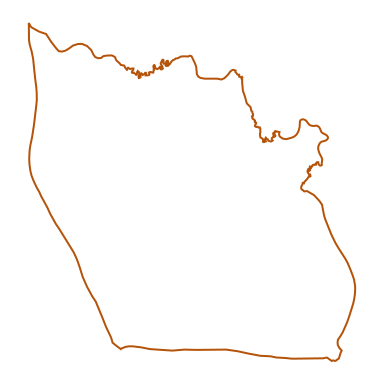 the district of Naxaithong, Vientiane [prefecture], Laos
{"feature_id": "54806243B89658590845208", "entity_name": "Naxaithong", "entity_type": "district", "adm_level": 2, "iso_a3": "LAO", "parent_name": "Laos", "parent_adm1": "Vientiane [prefecture]", "projection": "natural_earth1", "projection_center": [102.482, 18.185], "detail": "fine", "context": "isolated", "style": "outline", "palette": "amber", "viewbox_px": 384, "rotation_deg": 0, "n_neighbors": 0, "source": "geoboundaries", "source_scale": "gbopen_adm2", "svg_char_len": 5871}
<svg xmlns="http://www.w3.org/2000/svg" viewBox="0 0 384 384"><path d="M341.7,350.5L339.2,347.7L337.8,345.0L337.6,342.4L337.9,339.8L340.7,335.7L342.6,332.5L347.0,322.6L349.4,315.8L353.2,303.5L354.2,299.1L354.9,294.0L355.2,289.5L355.1,286.2L354.1,279.8L352.9,276.1L350.8,270.5L347.7,263.1L345.4,258.9L338.3,247.8L335.3,242.7L331.2,234.2L325.1,218.9L324.0,215.1L322.0,204.7L319.4,200.9L314.0,195.1L307.1,191.1L306.4,191.1L304.7,191.4L304.0,191.3L303.2,190.4L301.5,189.3L301.2,187.9L301.2,186.8L301.7,185.7L302.0,185.4L302.6,183.8L302.7,182.9L303.1,182.8L303.5,183.3L303.9,183.4L304.1,182.6L304.6,181.7L305.2,181.0L305.8,180.7L306.0,180.1L307.4,178.7L308.0,177.6L308.5,177.2L308.7,176.6L309.1,176.8L309.3,176.7L309.5,176.4L310.1,176.5L310.4,176.3L310.0,175.3L309.6,174.9L309.7,174.7L310.2,174.7L310.1,174.4L309.2,174.3L308.5,173.8L307.5,171.6L307.6,170.8L307.8,170.8L308.3,171.4L308.5,171.4L308.8,171.2L308.9,170.5L310.1,170.3L310.1,169.8L309.9,169.7L308.5,169.4L308.2,169.2L308.3,169.0L308.8,168.9L310.0,168.3L309.7,167.0L309.8,166.7L310.3,167.1L310.7,168.0L311.1,168.0L311.7,166.8L311.7,166.2L312.2,166.2L312.5,165.9L312.7,165.1L313.5,164.7L314.6,164.9L315.3,164.6L315.9,164.8L316.1,164.4L315.6,163.8L315.7,163.5L316.3,163.3L316.7,162.4L317.4,162.1L318.3,162.3L318.5,163.9L319.3,165.1L319.8,165.5L320.9,165.6L321.8,165.1L321.7,163.7L322.2,160.0L322.1,158.9L321.4,157.0L319.6,153.7L318.5,150.6L318.2,148.9L318.2,147.3L318.5,145.9L319.7,143.4L320.6,142.3L321.7,141.7L325.8,140.5L327.1,139.5L327.9,138.3L328.0,137.2L326.9,135.5L325.9,134.8L323.2,133.4L321.9,132.5L321.2,131.7L320.2,129.1L319.2,127.2L317.6,126.0L316.6,125.7L315.5,125.7L314.3,126.0L312.9,125.9L311.5,125.7L310.5,125.4L309.7,125.0L308.9,124.3L306.0,120.6L305.0,119.9L303.2,119.3L302.0,119.4L300.9,119.9L300.4,120.3L299.9,121.6L299.6,127.2L298.7,130.5L297.3,133.5L296.4,134.7L294.2,136.6L292.2,137.5L288.1,138.7L286.3,139.1L284.7,139.0L283.4,138.7L282.0,138.2L279.7,136.4L279.1,134.9L279.2,132.9L279.5,132.1L276.9,131.5L276.2,131.6L275.8,131.9L275.5,131.7L275.5,131.1L275.1,131.1L274.8,131.4L274.5,132.3L274.1,132.6L274.4,133.5L273.6,133.3L273.3,133.2L273.1,133.4L273.4,134.2L273.3,134.8L273.8,135.0L274.8,134.8L275.3,135.4L275.2,136.4L273.9,137.0L273.1,136.9L272.7,137.5L271.8,138.1L271.8,139.4L272.7,140.6L271.1,141.5L270.0,141.3L268.9,140.9L268.2,140.4L267.9,139.4L266.6,139.0L265.8,137.7L265.3,138.4L265.2,139.5L265.3,140.2L265.9,141.4L263.8,142.2L263.5,142.1L262.9,141.7L263.0,141.0L263.8,140.9L264.0,140.6L263.5,139.9L263.0,139.7L262.7,138.8L261.8,138.4L261.5,138.0L260.8,137.5L260.5,137.5L260.1,136.2L260.0,133.3L260.5,131.8L260.2,130.4L260.4,128.9L260.2,128.1L259.8,127.4L258.8,127.7L257.6,126.7L256.4,127.0L255.3,126.5L254.9,126.0L255.0,125.3L255.7,124.4L256.2,123.0L256.0,122.6L255.2,122.5L254.8,122.2L254.8,121.9L255.1,121.6L254.8,121.0L255.0,120.8L255.0,120.5L254.5,120.3L253.8,119.3L252.7,118.8L252.3,118.1L252.5,116.9L251.9,116.6L251.9,116.3L252.6,116.1L253.0,115.8L253.1,114.5L253.1,114.1L252.4,113.0L252.3,111.6L251.2,110.6L250.6,107.2L246.8,103.4L244.9,96.5L242.9,90.7L242.1,81.8L242.1,80.6L242.3,79.7L241.7,79.0L242.4,77.5L241.9,76.8L240.9,77.5L240.0,76.9L239.6,76.9L239.1,76.6L239.3,74.9L239.1,74.6L238.1,74.8L237.3,74.4L236.4,73.0L235.3,71.9L235.3,71.2L235.6,70.6L233.5,69.8L232.2,70.1L230.3,71.5L228.0,74.7L224.4,78.2L221.3,79.5L217.4,78.7L204.7,78.7L200.5,77.9L198.4,76.7L196.9,74.3L196.2,66.8L194.9,63.2L191.5,56.2L189.7,55.7L188.4,56.5L183.8,56.3L180.7,56.6L177.7,58.3L175.9,58.4L174.2,59.7L172.8,60.3L171.6,61.3L170.1,63.7L168.2,65.7L167.3,65.9L166.3,66.0L165.5,65.3L165.5,64.6L166.3,64.2L167.1,64.3L168.1,63.9L168.4,63.0L167.8,60.9L167.3,60.8L166.9,60.9L166.3,61.5L166.2,63.0L163.7,63.6L163.2,62.9L163.6,60.9L163.3,59.8L162.7,59.8L162.3,60.0L160.7,63.2L160.8,64.1L161.3,65.0L161.8,65.5L162.4,66.7L162.8,68.6L162.3,69.2L160.9,69.4L160.5,68.9L160.6,67.0L160.0,66.8L158.6,68.3L157.9,68.8L157.2,69.1L156.6,69.0L156.0,68.6L155.0,66.9L154.8,65.6L154.4,65.1L153.8,65.3L153.4,66.0L153.4,67.1L154.1,68.7L154.1,69.1L153.7,69.3L153.9,70.3L153.4,71.0L153.4,72.3L153.0,72.7L152.3,72.6L150.9,72.0L150.3,72.0L149.8,72.5L149.3,72.3L148.9,72.5L148.9,72.9L149.5,73.4L149.4,74.6L149.0,75.0L148.0,75.3L146.4,75.4L145.7,75.4L146.1,73.6L146.0,72.9L145.7,72.7L145.2,72.8L144.1,74.2L142.7,75.0L141.5,73.3L140.7,73.5L140.5,75.4L140.5,77.3L139.9,77.7L138.8,78.0L138.5,76.6L139.2,74.8L139.2,73.2L138.9,72.0L137.7,71.0L137.1,72.1L136.9,74.3L136.6,74.8L136.2,74.9L135.6,74.0L134.2,73.2L133.9,72.7L132.3,72.9L131.9,72.3L132.0,71.7L132.3,70.9L132.7,70.7L133.2,69.8L133.5,68.9L133.5,68.5L133.0,68.4L131.5,68.6L130.3,69.0L129.6,68.9L128.9,68.2L128.1,67.7L127.7,68.0L127.4,68.9L127.1,69.0L127.0,69.8L126.8,69.8L126.5,69.5L126.0,68.6L125.1,67.6L124.4,65.8L123.9,65.4L122.5,65.4L121.9,65.0L120.9,65.0L119.6,63.3L116.6,60.6L115.7,59.2L115.2,57.3L112.8,55.8L111.5,55.4L106.5,55.6L103.5,56.1L101.0,58.0L98.1,58.2L95.3,57.1L93.3,54.4L91.3,50.2L87.1,46.0L82.0,43.9L78.0,44.0L73.1,45.5L69.3,48.3L65.5,50.6L62.0,51.6L58.7,51.1L56.2,48.3L51.3,42.0L46.1,34.0L39.1,31.6L32.2,27.8L30.7,26.5L28.8,23.0L29.0,39.8L29.6,44.1L31.7,51.7L33.1,58.6L35.1,78.1L36.3,87.4L36.7,92.7L36.8,100.2L36.2,106.2L34.0,124.7L32.1,137.1L30.3,145.6L29.6,150.7L29.2,158.3L29.5,164.6L30.5,171.5L31.6,175.8L33.6,180.9L36.5,187.1L39.4,192.2L41.2,196.3L47.4,207.6L50.2,213.8L56.0,224.2L59.1,228.7L73.5,252.0L75.6,256.4L77.6,261.2L79.8,267.6L82.7,276.9L87.1,286.9L92.3,296.4L95.8,301.7L102.3,317.4L106.0,326.8L111.1,337.6L112.4,341.9L112.5,342.6L116.5,345.9L120.8,349.1L121.0,348.7L125.2,347.0L128.7,346.3L132.5,346.3L140.8,347.3L150.0,349.1L172.4,350.6L184.4,349.6L196.0,349.9L226.0,349.6L237.5,351.2L248.1,353.5L260.4,355.8L270.6,356.3L276.4,357.5L285.4,358.0L292.0,358.7L323.4,358.3L325.7,357.7L327.2,357.7L331.8,361.0L332.8,360.5L333.4,360.4L334.8,360.9L335.8,360.7L338.9,358.4L340.5,353.2L341.7,350.5Z" fill="none" stroke="#b45309" stroke-width="2"/></svg>